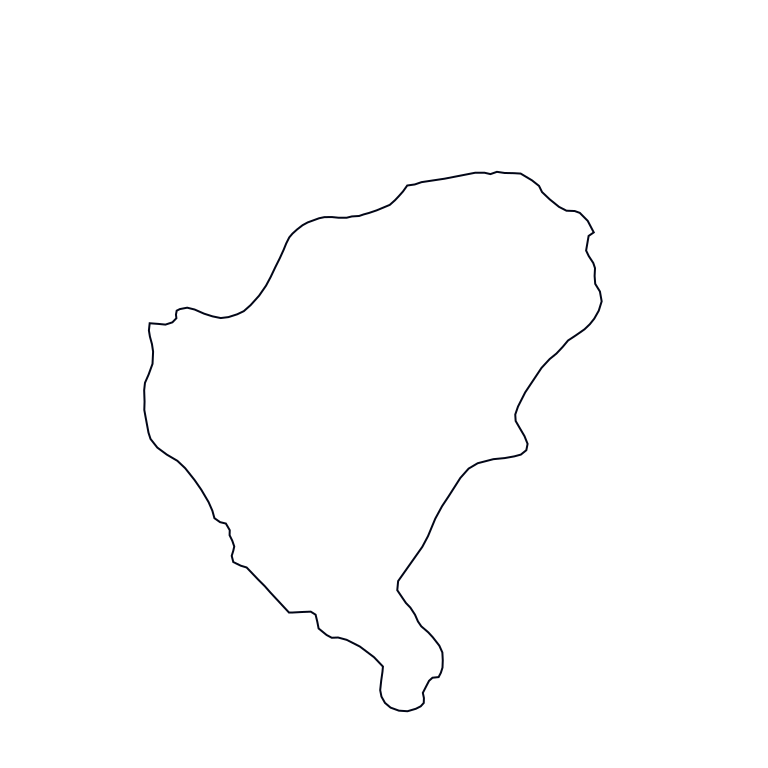 outline of Ndolou, Ngounié, Gabon, rotated 37°
{"feature_id": "22940354B46648613640917", "entity_name": "Ndolou", "entity_type": "district", "adm_level": 2, "iso_a3": "GAB", "parent_name": "Gabon", "parent_adm1": "Ngounié", "projection": "mercator", "projection_center": [10.279, -1.522], "detail": "fine", "context": "isolated", "style": "outline", "palette": "ink", "viewbox_px": 768, "rotation_deg": 37, "n_neighbors": 0, "source": "geoboundaries", "source_scale": "gbopen_adm2", "svg_char_len": 2397}
<svg xmlns="http://www.w3.org/2000/svg" viewBox="0 0 768 768"><g transform="rotate(37 384 384)"><path d="M604.0,585.2L603.2,580.4L601.4,575.3L597.3,569.4L592.2,563.3L585.7,559.7L575.4,556.9L568.9,555.7L559.6,555.1L554.0,553.2L547.6,549.6L539.6,546.7L533.3,545.7L527.4,543.7L518.7,540.7L513.9,532.9L512.6,491.0L510.7,479.0L506.0,460.7L503.9,446.6L503.2,434.9L501.5,413.0L502.5,400.6L506.5,390.9L516.6,378.2L525.0,370.5L531.6,363.4L535.8,358.0L537.5,351.2L534.7,345.4L527.6,341.1L518.7,337.4L511.4,334.3L507.2,329.4L504.6,321.4L501.8,305.7L500.1,276.3L501.3,264.3L503.4,255.9L504.4,246.7L504.8,238.5L507.9,229.8L511.2,219.7L512.4,212.4L512.6,205.3L511.4,196.2L508.1,187.0L500.8,180.2L492.4,176.9L487.2,171.0L482.8,164.5L478.3,161.4L470.5,158.6L465.1,155.8L458.3,142.6L460.3,136.7L448.5,131.1L437.4,129.5L432.2,131.1L425.4,135.8L417.2,137.2L405.2,136.8L394.7,135.6L388.6,132.5L379.6,132.3L366.5,133.7L360.8,137.5L353.3,142.9L346.5,146.6L342.7,152.3L337.1,154.8L329.6,160.5L308.9,183.5L292.5,200.2L288.5,206.1L283.1,211.5L283.3,218.8L282.8,225.0L282.2,230.5L280.8,237.5L273.6,249.8L269.1,256.4L265.7,260.8L263.0,264.8L257.5,269.5L254.1,273.7L247.9,278.4L241.8,282.1L236.0,286.6L232.4,290.7L225.8,300.9L223.4,306.2L221.6,312.8L220.4,319.0L220.1,323.9L221.3,330.5L223.1,337.3L225.1,346.3L226.9,356.1L229.1,366.8L230.6,376.4L231.1,388.6L230.0,401.3L228.2,410.2L224.8,416.7L219.5,424.2L213.9,429.6L206.3,433.2L198.0,436.1L187.9,438.5L180.9,441.5L175.9,447.0L174.3,450.2L176.1,453.8L178.6,456.4L177.9,462.1L173.7,468.1L167.8,471.7L160.3,476.5L164.0,482.7L168.5,487.0L174.7,491.8L180.1,497.1L187.0,507.2L190.3,518.0L192.4,526.9L196.2,533.3L203.4,542.2L208.2,549.0L213.5,553.9L225.2,564.6L230.6,568.4L241.2,571.2L253.0,571.1L265.2,569.7L275.9,570.9L290.5,574.7L301.7,578.4L315.0,583.9L323.2,588.5L329.3,593.2L336.2,593.0L341.7,590.6L348.8,593.6L351.7,597.7L357.2,600.5L362.2,603.9L364.0,607.9L365.8,612.9L370.8,616.9L379.0,615.3L384.7,613.2L401.1,615.9L410.4,617.2L418.7,618.9L445.7,623.7L448.3,621.7L455.9,615.3L462.5,609.9L468.2,609.4L473.9,614.1L478.9,618.6L489.2,619.0L495.0,618.1L499.9,614.1L508.1,610.8L522.7,608.2L540.5,608.2L553.2,610.3L556.0,614.8L560.3,622.6L565.2,630.8L570.1,635.2L576.7,638.1L584.0,638.5L592.5,635.9L599.7,631.2L604.9,624.2L607.3,619.3L607.7,614.8L604.9,610.8L600.9,607.3L599.7,600.5L598.6,593.9L599.5,589.4L604.0,585.2Z" fill="none" stroke="#020617" stroke-width="2"/></g></svg>